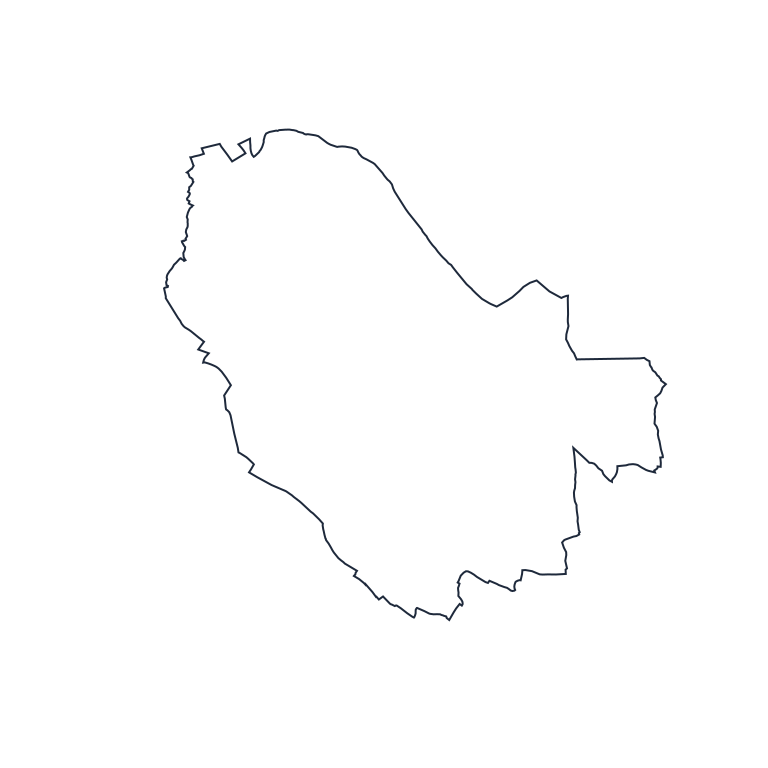 Leliceni, Harghita, Romania (Natural Earth projection), rotated 30°
{"feature_id": "2599482B31313199179337", "entity_name": "Leliceni", "entity_type": "district", "adm_level": 2, "iso_a3": "ROU", "parent_name": "Romania", "parent_adm1": "Harghita", "projection": "natural_earth1", "projection_center": [25.877, 46.341], "detail": "fine", "context": "isolated", "style": "outline", "palette": "slate", "viewbox_px": 768, "rotation_deg": 30, "n_neighbors": 0, "source": "geoboundaries", "source_scale": "gbopen_adm2", "svg_char_len": 6165}
<svg xmlns="http://www.w3.org/2000/svg" viewBox="0 0 768 768"><g transform="rotate(30 384 384)"><path d="M439.9,559.1L454.0,559.3L453.8,561.6L454.4,563.3L454.0,564.6L453.9,565.3L460.0,565.4L466.1,566.4L468.3,567.1L468.2,566.6L477.9,569.9L483.6,572.4L483.8,572.0L487.3,573.2L489.4,568.5L499.1,571.3L500.2,571.3L501.0,571.1L504.4,570.9L505.1,569.8L505.8,569.5L510.7,569.8L518.6,570.9L524.9,571.4L526.7,571.3L526.8,570.5L526.5,568.5L526.1,566.9L524.5,564.0L524.3,563.3L524.4,561.6L524.6,561.4L532.5,560.5L538.0,560.2L539.1,559.9L542.2,558.6L544.9,556.9L547.7,555.4L549.3,555.3L550.7,554.9L551.8,554.8L554.1,554.2L555.3,555.3L558.5,555.8L558.5,546.9L558.7,542.3L559.5,536.7L562.2,537.0L562.2,535.5L561.7,534.5L560.6,533.2L558.4,531.9L554.4,530.4L552.8,527.3L551.5,525.7L550.1,523.6L549.8,521.6L549.2,519.1L547.1,519.1L547.1,517.4L546.3,511.6L547.3,507.6L548.6,505.2L550.4,504.3L553.6,504.0L557.2,504.1L560.9,504.6L570.9,504.8L573.5,504.3L573.7,501.7L581.8,500.7L584.0,500.7L589.7,499.7L592.5,499.0L595.1,499.2L597.0,499.5L598.7,499.1L600.3,497.7L600.6,496.8L599.2,495.7L598.1,494.2L597.4,492.4L596.9,489.9L597.1,489.1L598.1,487.5L599.6,486.0L600.5,485.7L598.6,479.6L597.4,477.0L596.9,476.1L599.5,474.4L605.7,472.1L614.0,471.0L616.7,469.7L621.2,466.9L628.0,463.1L636.4,457.6L634.1,454.0L634.7,452.2L629.4,446.5L627.4,441.0L625.8,438.5L621.6,435.8L617.5,432.2L618.1,429.2L618.7,428.2L624.4,421.4L626.6,419.5L628.3,416.7L627.3,415.7L627.6,414.5L625.6,412.9L622.4,408.7L620.3,406.2L618.7,402.9L614.5,397.6L612.3,394.4L611.3,392.6L608.1,390.3L605.0,386.5L602.8,383.1L602.1,381.3L601.5,378.7L600.0,375.9L598.9,373.3L597.1,371.0L595.6,367.5L595.1,366.8L594.4,364.7L592.6,362.2L591.3,360.6L588.3,356.1L585.3,351.7L579.9,344.6L597.4,348.6L601.2,349.6L603.2,348.5L605.9,347.9L608.6,348.5L611.8,349.8L616.2,350.1L619.1,352.4L621.5,353.3L627.4,354.8L630.3,354.7L629.6,353.6L629.5,352.3L630.2,348.6L630.1,346.0L629.8,344.0L628.7,341.0L627.2,338.5L634.3,333.4L636.4,331.2L639.7,328.9L642.1,327.9L644.2,327.3L648.6,327.5L653.9,327.4L656.3,327.0L662.9,325.1L661.3,323.8L661.9,322.7L662.8,320.7L662.8,320.1L662.7,319.5L662.2,318.6L665.0,317.4L664.5,316.4L663.1,313.8L661.0,310.8L660.0,309.6L662.1,308.0L661.1,306.5L656.6,302.2L651.1,295.7L649.0,293.8L646.4,290.8L644.8,287.4L641.6,284.7L638.1,283.1L635.2,277.0L633.3,274.6L632.6,272.8L631.2,270.7L629.9,264.0L627.4,262.0L625.7,260.0L626.9,256.8L627.8,254.0L627.7,251.4L627.0,247.8L628.2,243.2L622.1,242.5L621.5,241.4L619.6,240.8L618.1,240.0L616.6,240.0L613.1,238.2L610.9,238.0L609.9,237.8L608.4,236.8L607.4,235.9L606.6,235.7L604.7,234.6L602.5,231.5L599.6,231.7L596.3,231.3L592.6,234.0L539.6,265.7L538.7,266.4L535.8,264.4L533.2,262.4L530.2,261.2L525.6,258.5L522.6,256.3L519.4,254.3L517.1,249.8L514.8,241.6L512.2,238.4L510.9,236.2L508.5,231.5L500.6,218.4L499.2,215.5L497.9,216.5L495.7,219.1L494.6,220.8L481.0,221.1L464.4,218.0L459.8,223.4L456.2,230.2L454.8,235.7L451.7,244.8L449.1,249.9L442.9,260.6L436.7,261.3L434.9,261.4L426.3,261.3L418.6,259.6L413.3,258.2L412.6,257.8L405.6,256.3L391.7,251.1L385.2,248.5L382.6,247.3L379.5,247.2L376.2,246.0L371.6,244.9L369.0,244.1L364.5,242.5L360.7,240.8L356.6,239.5L352.5,237.8L349.2,236.2L346.7,234.6L345.4,234.3L341.3,232.7L339.3,231.3L319.6,223.6L315.4,221.7L297.1,212.1L294.1,210.0L291.1,207.2L287.6,205.7L285.2,205.3L284.2,205.0L280.0,203.4L277.2,202.0L266.0,198.2L264.0,198.0L256.5,198.2L253.3,198.5L251.0,198.3L249.4,197.7L247.7,197.2L246.0,196.3L244.3,195.1L243.5,194.8L241.7,194.9L237.8,195.6L231.7,197.8L228.9,199.2L225.8,201.3L225.2,201.9L224.5,202.2L218.1,203.5L216.1,203.6L214.2,203.6L203.2,202.2L200.4,202.9L198.3,203.7L193.7,205.5L192.4,206.2L191.9,206.8L190.6,207.2L189.0,207.3L188.4,207.1L183.6,208.5L181.6,208.5L178.7,209.4L177.7,209.9L174.8,211.0L171.2,213.2L166.2,216.6L165.7,217.5L165.1,218.1L164.0,218.4L158.8,223.0L156.7,226.0L156.7,227.8L156.9,229.3L157.3,230.6L157.9,233.0L158.9,234.7L159.7,238.2L160.0,240.0L160.1,242.9L159.8,244.5L159.9,245.6L158.3,251.0L157.6,252.4L155.5,251.6L153.9,250.5L152.0,248.6L150.4,246.5L149.0,244.1L147.2,241.6L145.3,238.5L138.1,249.2L142.9,250.8L145.6,251.9L148.7,253.5L141.2,267.2L133.8,263.8L124.4,259.8L121.7,258.2L108.3,271.0L112.9,274.7L109.8,278.2L106.1,281.6L103.9,283.9L103.0,284.5L105.2,286.2L109.4,289.8L110.0,290.1L110.0,293.7L109.3,294.7L109.0,295.9L107.5,299.4L109.0,299.3L112.1,301.9L113.0,302.1L114.2,301.9L115.4,302.4L116.0,302.4L117.1,304.1L117.9,304.3L117.7,309.0L116.9,311.0L118.2,313.2L118.2,315.6L120.0,315.7L120.8,316.4L121.0,318.1L121.0,319.8L120.7,321.0L120.8,322.2L121.7,323.0L124.2,323.0L124.6,325.3L127.4,325.2L129.2,325.0L129.0,325.5L129.1,326.3L128.2,328.5L128.1,329.8L128.5,333.6L129.7,338.0L131.7,339.6L133.0,342.2L133.7,343.0L135.0,345.3L135.4,346.5L135.5,349.0L136.4,351.5L139.6,354.3L139.5,357.5L140.4,358.1L139.3,360.1L138.5,360.2L138.2,361.0L137.6,361.5L138.2,362.2L142.0,364.4L143.3,364.8L144.4,367.2L144.6,369.0L144.7,370.9L146.3,373.2L147.0,374.2L149.1,375.5L150.2,376.0L149.3,377.4L147.5,376.9L146.0,377.1L145.1,376.7L144.9,376.9L144.5,377.6L143.4,382.8L142.5,385.7L142.6,388.8L142.5,390.3L141.9,393.3L141.7,397.4L142.0,399.0L142.7,400.7L143.9,401.8L144.4,404.8L146.2,407.1L147.9,407.1L148.2,408.2L146.6,409.6L145.9,410.5L145.7,411.1L151.3,417.3L152.1,418.8L172.8,429.9L175.9,431.2L178.6,433.0L181.4,434.1L183.2,434.5L187.9,434.6L190.2,434.8L200.7,436.5L203.4,436.8L205.4,437.2L207.0,437.4L206.6,440.6L205.9,447.0L216.9,445.0L215.9,450.2L215.8,451.5L216.0,453.4L216.7,455.9L218.0,454.9L221.3,454.1L224.7,453.5L228.2,453.1L230.4,453.0L233.0,453.3L237.3,454.5L244.2,457.5L252.0,461.6L251.3,473.9L253.5,476.3L258.6,483.4L259.8,484.8L260.1,485.0L261.6,485.1L264.1,485.8L266.7,487.8L279.2,501.9L289.3,512.4L292.2,516.0L293.7,515.9L301.4,516.2L304.0,516.7L310.2,518.2L311.5,518.7L311.5,524.5L311.3,528.0L320.8,528.1L337.3,527.7L352.4,525.9L353.4,525.9L358.1,526.3L359.7,526.4L362.7,527.0L369.2,527.8L371.9,528.3L384.4,531.2L387.2,531.5L395.4,533.6L400.8,535.4L401.6,537.2L404.1,540.3L405.2,541.4L407.9,544.4L410.5,547.0L410.9,547.1L411.3,547.6L412.0,548.2L415.9,549.9L419.9,552.2L422.3,553.7L424.8,555.0L431.5,557.6L434.8,558.2L438.0,558.6L439.9,559.1Z" fill="none" stroke="#1e293b" stroke-width="2"/></g></svg>